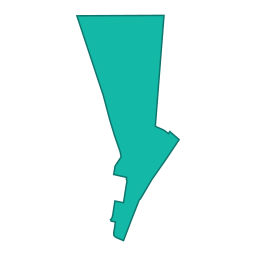 Ksar, Nouakchott, Mauritania (Natural Earth projection)
{"feature_id": "47542326B19939520283708", "entity_name": "Ksar", "entity_type": "district", "adm_level": 2, "iso_a3": "MRT", "parent_name": "Mauritania", "parent_adm1": "Nouakchott", "projection": "natural_earth1", "projection_center": [-15.967, 18.123], "detail": "fine", "context": "isolated", "style": "filled", "palette": "teal", "viewbox_px": 256, "rotation_deg": 0, "n_neighbors": 0, "source": "geoboundaries", "source_scale": "gbopen_adm2", "svg_char_len": 608}
<svg xmlns="http://www.w3.org/2000/svg" viewBox="0 0 256 256"><path d="M132.0,218.2L139.3,199.8L140.4,198.9L152.5,178.4L153.6,177.0L163.8,162.4L167.5,157.0L179.1,139.6L169.8,131.5L168.4,133.6L164.1,130.3L155.3,126.3L164.0,15.4L76.9,15.8L103.3,95.4L109.8,119.9L114.4,135.1L120.2,151.9L121.1,157.0L115.1,166.0L113.7,174.5L126.7,177.4L126.3,179.2L127.0,180.7L123.5,202.7L114.9,201.0L113.0,213.5L112.3,217.0L111.4,218.9L110.5,219.7L111.2,221.1L115.4,222.0L114.4,228.8L113.8,232.1L113.8,233.6L113.8,235.2L115.1,236.7L116.3,237.5L123.5,240.6L132.0,218.2Z" fill="#14b8a6" stroke="#0f766e" stroke-width="1.5"/></svg>